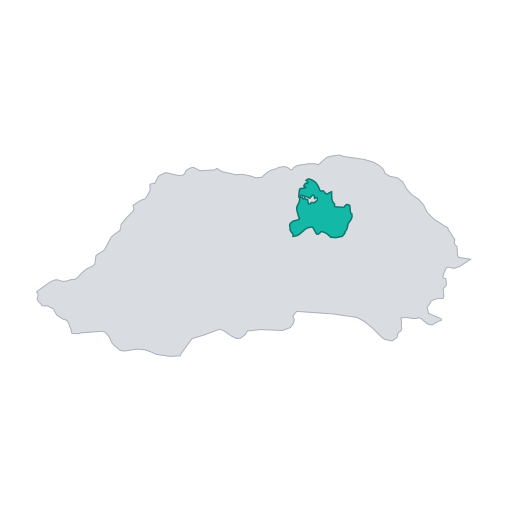 Tolna highlighted on a map of Hungary, rotated 187°
{"feature_id": "HUN-3165", "entity_name": "Tolna", "entity_type": "County", "adm_level": 1, "iso_a3": "HUN", "parent_name": "Hungary", "parent_adm1": "", "projection": "robinson", "projection_center": [18.659, 46.474], "detail": "fine", "context": "in_parent", "style": "filled", "palette": "teal", "viewbox_px": 512, "rotation_deg": 187, "n_neighbors": 0, "source": "natural_earth", "source_scale": "10m", "svg_char_len": 4554}
<svg xmlns="http://www.w3.org/2000/svg" viewBox="0 0 512 512"><g transform="rotate(187 256 256)"><path d="M422.0,157.3L428.0,156.7L428.2,156.8L429.7,157.1L430.7,160.8L430.9,161.0L432.4,163.5L433.8,166.7L435.9,169.1L440.6,170.1L446.6,173.1L450.7,178.7L456.6,181.0L457.0,181.1L458.2,180.8L462.4,180.6L463.2,181.8L466.7,184.5L468.1,186.9L467.4,189.5L468.1,192.4L469.4,193.4L467.9,195.4L457.1,205.1L452.9,207.7L450.0,208.2L445.5,207.2L440.9,208.0L436.8,210.0L433.0,210.7L430.1,213.2L426.5,218.5L422.0,223.0L417.3,225.8L415.0,228.3L414.9,236.9L412.3,239.4L408.9,241.9L407.0,244.1L402.0,257.2L398.0,261.4L394.3,264.6L393.7,267.6L393.8,270.9L389.6,277.7L384.0,284.7L382.9,287.5L384.3,291.4L378.9,295.8L375.8,298.0L373.2,299.0L371.6,301.8L369.0,308.6L369.7,311.6L369.9,314.4L365.3,316.0L364.0,319.1L362.8,322.9L360.9,324.6L355.8,327.8L342.9,326.4L338.0,327.5L336.6,329.8L336.3,331.6L334.8,333.3L331.8,335.4L328.8,336.4L322.1,333.7L307.7,336.4L305.2,338.3L303.2,337.0L300.1,335.7L285.7,334.2L280.0,335.4L272.4,334.9L265.3,333.6L260.1,334.7L255.4,340.0L253.2,341.8L251.4,343.0L247.4,344.7L244.1,346.7L239.6,348.1L235.7,347.9L231.9,345.6L230.6,346.1L229.4,348.3L227.4,350.1L221.8,352.3L220.4,352.3L220.1,352.3L215.8,353.9L208.7,354.8L205.2,354.2L198.7,361.6L196.8,363.0L190.6,365.2L185.6,366.4L181.3,365.5L179.6,365.4L160.5,365.0L150.5,363.4L144.1,360.5L139.9,357.3L137.9,353.7L132.9,351.5L125.1,350.8L119.1,347.2L114.7,340.9L108.9,335.8L101.5,332.1L95.7,326.9L91.4,320.2L83.6,314.1L72.4,308.7L69.0,307.5L68.4,305.8L62.9,299.0L60.6,296.6L60.8,293.2L59.8,291.3L57.8,290.0L56.7,285.2L56.2,281.6L54.6,279.3L42.6,278.9L52.8,270.3L57.8,267.9L63.6,268.3L65.5,267.5L66.0,266.3L67.0,263.5L67.5,260.9L68.1,258.4L67.5,257.0L64.7,256.6L63.4,250.5L64.8,248.2L66.3,246.5L64.6,239.1L65.2,236.6L69.7,236.2L73.5,234.6L76.6,232.8L77.4,230.5L80.0,225.8L77.7,220.1L64.7,216.3L64.1,214.9L67.1,213.3L70.4,211.0L72.3,209.2L74.8,208.9L78.3,209.8L84.6,214.0L87.0,214.6L89.3,213.4L91.8,213.1L98.8,213.3L104.6,212.3L103.4,207.9L103.4,204.7L102.4,202.1L103.1,199.3L105.5,197.1L106.2,192.1L109.9,188.8L111.6,188.3L118.1,188.9L119.6,189.8L120.6,190.0L130.8,198.1L140.4,204.2L148.4,207.4L160.1,207.6L172.5,207.9L193.3,206.8L208.8,206.0L209.9,204.5L212.2,200.9L210.3,197.7L210.5,194.0L213.1,189.2L220.7,185.3L242.7,183.5L255.4,180.5L257.3,176.5L261.4,172.5L265.3,171.7L270.5,173.5L276.9,177.0L282.4,178.9L285.7,177.7L296.8,171.8L309.6,166.0L318.3,150.2L319.2,147.7L328.8,145.9L342.7,146.2L349.9,148.3L355.3,149.4L363.4,149.0L375.0,145.6L379.3,145.7L382.7,148.1L386.3,150.2L388.9,152.7L390.8,156.3L391.8,157.6L393.5,159.4L396.4,161.9L399.3,162.6L420.8,158.3L422.0,157.3Z" fill="#d9dde1" stroke="#a8b0b8" stroke-width="1"/><path d="M204.8,291.6L206.0,291.0L207.1,290.7L209.8,289.2L216.0,282.4L218.7,280.8L221.7,280.0L221.6,281.1L221.7,281.7L222.1,282.2L223.2,283.3L223.4,283.6L223.7,283.8L224.7,285.1L224.9,285.4L225.3,285.8L225.5,286.6L225.5,287.5L225.6,288.2L226.2,289.9L226.4,291.1L226.1,292.1L225.1,293.6L223.3,295.2L219.1,296.8L217.3,298.4L218.5,300.3L220.5,305.0L221.3,307.6L221.4,310.0L219.9,314.2L219.5,317.1L219.7,318.3L220.7,319.9L220.9,320.8L220.9,327.5L219.9,328.5L216.3,329.1L215.2,329.8L215.0,330.2L215.2,330.6L215.9,330.9L216.7,330.7L217.1,331.7L215.8,334.1L214.8,334.6L213.8,334.2L213.4,335.0L214.1,336.5L215.5,337.2L214.3,338.4L212.8,339.0L209.4,338.2L206.3,336.7L204.2,334.6L202.3,332.1L200.7,329.1L199.6,328.1L198.3,328.8L197.1,328.8L193.9,326.1L192.4,326.4L191.3,327.5L188.8,329.0L187.8,322.2L186.6,319.4L184.2,317.0L184.4,315.8L184.1,314.8L182.2,314.5L174.7,315.0L173.6,316.8L172.4,318.2L170.8,318.1L169.1,317.6L167.4,310.2L166.0,309.5L165.4,306.3L166.6,302.6L168.5,299.4L168.7,296.4L169.2,293.4L170.5,291.0L170.6,289.7L171.0,288.6L171.9,287.5L172.6,286.2L173.2,285.8L173.9,285.7L176.9,284.6L180.1,283.8L183.4,283.8L183.9,283.6L188.3,286.7L190.9,287.8L193.5,288.2L194.4,288.1L195.1,287.2L195.9,286.0L197.2,285.2L198.5,285.1L202.9,291.1L204.8,291.6ZM211.7,318.4L211.3,316.9L211.0,315.7L209.8,314.1L208.4,314.3L207.8,315.8L206.2,316.0L205.0,315.7L204.1,316.8L202.7,317.8L202.1,318.9L201.9,320.0L202.3,320.9L202.9,321.5L204.3,320.8L204.6,320.2L204.9,320.2L205.1,321.2L205.3,322.4L206.1,323.0L207.4,323.4L208.4,322.0L209.0,320.7L209.6,319.9L211.1,320.5L212.6,320.9L214.0,321.1L215.7,321.4L217.1,321.8L218.6,321.7L219.2,320.8L219.1,320.1L218.6,319.5L217.8,319.6L217.0,320.0L216.9,319.2L216.7,318.8L216.2,318.6L215.7,318.4L215.1,318.9L214.8,319.3L214.8,319.5L214.5,319.3L214.1,318.9L213.9,318.6L213.9,318.4L211.7,318.4Z" fill="#14b8a6" stroke="#0f766e" stroke-width="1.5"/></g></svg>